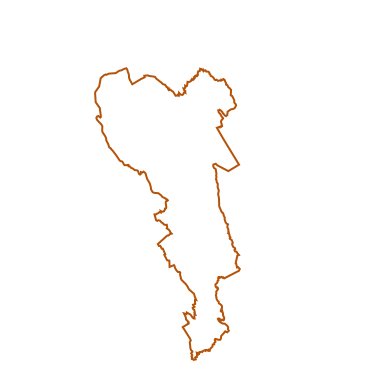 Thong Nhat, Đồng Nai, Vietnam (Equal Earth projection), rotated 329°
{"feature_id": "81297802B78615286204020", "entity_name": "Thong Nhat", "entity_type": "district", "adm_level": 2, "iso_a3": "VNM", "parent_name": "Vietnam", "parent_adm1": "Đồng Nai", "projection": "equal_earth", "projection_center": [107.157, 10.974], "detail": "fine", "context": "isolated", "style": "outline", "palette": "amber", "viewbox_px": 384, "rotation_deg": 329, "n_neighbors": 0, "source": "geoboundaries", "source_scale": "gbopen_adm2", "svg_char_len": 6067}
<svg xmlns="http://www.w3.org/2000/svg" viewBox="0 0 384 384"><g transform="rotate(329 192 192)"><path d="M191.7,283.7L193.3,282.6L192.8,280.1L191.7,279.9L192.9,276.4L192.7,275.6L198.1,269.9L199.8,270.2L199.4,268.2L199.4,266.1L198.3,265.0L198.5,263.6L199.7,263.2L199.9,261.8L199.1,260.6L199.2,258.5L199.7,257.1L200.7,256.7L201.1,255.2L201.3,253.2L200.5,252.2L200.4,251.3L201.6,250.6L201.3,249.3L202.1,248.0L202.2,246.9L201.7,245.9L202.9,245.4L203.0,244.1L203.9,242.9L204.1,240.5L205.2,239.0L206.2,238.3L205.2,236.6L205.3,234.6L206.0,232.0L206.9,230.8L207.1,228.5L207.7,226.6L207.6,225.4L207.1,224.9L207.1,224.2L208.0,218.2L211.9,211.3L213.3,207.2L215.6,204.8L216.5,201.0L218.3,198.3L218.3,196.3L219.2,194.1L219.1,193.5L220.7,191.7L221.1,190.4L222.2,189.2L223.0,187.4L224.1,184.5L223.2,182.5L223.5,180.8L224.4,179.5L226.9,180.0L227.4,182.1L233.9,192.8L246.4,192.8L246.2,162.8L246.4,149.8L248.2,150.1L249.0,150.9L249.4,150.4L250.2,150.4L250.7,151.2L251.8,151.0L253.0,146.7L254.2,145.7L256.5,145.0L256.7,144.7L256.3,142.7L256.4,139.5L256.0,137.9L256.0,137.0L256.4,136.5L256.5,135.6L257.3,135.9L258.0,135.7L258.7,137.0L259.2,139.3L259.0,140.7L259.4,141.7L259.5,143.3L260.3,144.5L261.9,144.2L263.9,141.5L267.8,141.2L270.6,142.1L272.0,142.0L274.4,140.5L274.7,139.5L274.3,137.1L275.4,135.2L275.8,132.4L275.8,130.2L275.2,129.5L275.1,128.9L278.1,124.6L277.7,122.2L277.1,120.9L277.4,118.7L276.5,117.4L277.3,116.4L277.3,114.3L277.7,113.2L277.2,111.4L276.6,111.3L276.0,111.7L275.1,111.0L275.0,111.5L274.3,111.6L273.1,110.6L271.6,110.2L270.9,108.4L270.0,108.3L269.2,107.4L269.3,105.3L268.6,103.1L267.8,102.0L268.2,100.6L267.8,99.6L268.3,98.6L268.2,97.7L267.8,97.1L266.3,96.2L266.2,94.7L264.9,94.4L264.7,93.2L264.0,93.8L264.0,92.6L263.5,92.5L263.4,91.5L262.8,91.3L262.4,90.6L260.8,92.4L259.4,91.8L258.0,93.2L257.5,94.6L256.4,95.1L256.2,94.5L255.6,94.1L255.3,94.3L255.7,94.9L255.5,95.1L254.3,94.3L253.9,94.9L252.9,94.6L252.7,95.8L251.7,95.6L251.5,96.3L250.4,96.5L250.0,95.3L249.5,95.7L249.1,95.6L248.2,96.4L245.6,96.1L244.9,95.3L242.7,98.1L242.1,98.5L241.5,98.4L240.9,97.3L239.9,99.1L239.3,99.0L238.5,99.9L238.0,99.2L237.7,100.9L238.2,102.2L237.7,102.5L237.4,103.4L236.9,102.5L236.0,102.8L235.1,103.6L233.9,103.9L232.3,102.6L231.9,100.3L230.2,102.6L229.6,101.3L228.8,101.7L227.5,101.0L227.5,96.4L226.6,94.6L226.3,93.3L224.6,92.8L224.7,92.2L225.4,91.5L224.6,91.2L225.0,89.7L224.3,89.1L224.2,86.3L222.6,84.5L222.1,82.5L219.7,76.3L219.6,74.2L215.2,70.6L214.1,69.2L211.0,67.8L210.5,69.3L206.9,68.9L196.3,68.9L196.5,63.5L196.9,61.6L197.6,60.4L198.6,57.9L198.9,55.8L199.5,53.9L199.5,52.2L197.3,51.5L194.1,51.3L192.0,50.6L187.8,50.8L181.9,47.8L178.9,47.4L178.5,46.8L176.5,46.6L172.4,47.4L166.7,53.8L160.7,56.4L160.0,57.1L155.7,65.4L156.2,72.5L153.1,79.7L152.5,80.7L151.7,80.9L150.9,78.7L150.0,78.3L148.4,79.0L148.0,79.7L147.8,81.6L149.1,87.3L149.0,89.5L146.9,92.7L146.1,94.5L146.3,98.6L146.2,101.5L145.1,103.6L144.8,108.2L144.2,110.3L144.1,111.2L144.9,112.9L144.8,114.0L145.2,115.1L145.9,121.1L146.2,127.5L146.7,128.9L147.7,129.6L148.0,131.0L147.8,133.6L148.2,134.5L151.4,136.0L150.8,137.0L150.9,137.4L151.8,137.8L152.3,140.1L153.3,141.3L154.2,143.7L156.4,145.5L156.5,146.4L155.9,148.9L156.4,150.3L157.2,150.3L158.5,148.6L159.4,149.8L161.0,149.6L161.6,151.2L161.7,152.3L160.3,157.6L160.2,163.1L159.3,166.3L158.2,168.9L158.2,171.9L159.0,173.1L162.6,175.8L163.8,179.0L164.1,181.1L165.9,183.7L166.1,184.7L166.7,185.3L167.0,186.7L166.4,186.9L165.6,186.5L164.7,186.8L164.0,187.5L162.2,191.7L161.6,192.4L161.1,192.6L160.3,192.3L159.8,193.2L158.3,193.7L158.0,194.1L156.0,193.5L155.5,192.5L155.4,193.0L155.1,192.8L154.7,193.5L153.8,192.4L152.2,192.8L151.1,192.5L149.7,192.7L148.3,191.9L146.7,197.7L147.0,198.4L147.5,198.9L148.5,198.8L149.8,200.0L150.2,202.5L151.0,203.8L151.2,205.4L152.4,206.7L153.5,207.1L152.7,209.3L151.6,210.2L152.7,212.3L152.9,213.7L152.7,215.5L153.1,217.2L151.4,216.7L149.6,217.2L148.4,216.6L135.9,219.0L135.9,221.2L137.1,221.9L136.9,225.0L137.8,225.6L137.0,231.6L135.9,231.6L135.5,237.7L137.2,239.2L134.2,244.7L138.9,245.4L138.9,246.7L138.4,247.8L138.3,250.4L138.4,252.0L138.8,253.4L140.2,254.2L140.4,255.0L139.2,256.6L138.3,259.8L137.9,260.2L137.8,262.1L139.2,267.6L139.5,270.2L139.3,274.1L141.3,280.3L140.4,283.5L140.0,286.7L139.2,285.9L138.6,286.5L137.1,289.6L134.8,289.2L134.6,290.7L134.9,291.7L132.9,291.7L132.7,293.3L133.2,294.1L132.5,296.5L131.9,296.6L131.7,298.4L131.4,298.0L131.1,298.1L131.0,298.9L129.9,299.8L129.0,301.8L128.2,301.1L127.8,299.7L127.6,296.5L125.5,292.6L124.4,293.8L122.6,291.9L122.2,295.9L121.3,298.2L122.1,301.8L121.0,302.3L121.2,303.1L114.5,303.0L114.8,316.6L114.5,318.6L112.9,319.4L112.5,320.1L110.1,325.3L109.7,327.2L110.2,328.4L110.1,329.2L108.2,329.8L108.2,332.0L106.9,332.7L106.9,334.3L106.1,334.5L105.9,335.1L106.9,336.1L107.0,336.8L109.0,337.4L109.4,335.6L110.2,335.4L111.2,335.9L112.0,334.7L112.7,334.7L112.8,333.5L113.3,332.2L113.7,332.7L113.8,333.8L114.7,334.5L115.3,334.0L115.4,333.2L115.9,333.0L117.1,333.7L118.1,333.8L118.5,334.4L119.0,334.0L121.1,334.1L121.7,335.1L122.4,334.5L122.9,334.8L123.5,335.8L124.6,335.6L124.5,336.8L125.3,337.3L126.7,336.0L128.4,335.3L129.7,335.2L131.2,333.4L132.6,334.0L133.5,332.7L134.9,332.5L135.2,331.6L135.3,330.6L135.8,330.0L136.6,330.1L138.3,332.1L140.2,333.2L141.6,332.2L142.8,330.5L147.7,329.0L148.2,328.5L148.9,328.7L149.9,330.4L152.1,329.9L152.3,327.9L153.3,326.6L153.4,325.1L152.3,321.8L150.7,320.7L149.2,318.3L148.6,316.1L148.8,314.1L149.5,314.0L150.1,314.5L149.9,315.3L150.8,315.8L150.8,317.1L152.4,317.1L152.8,318.1L153.6,318.0L154.8,316.5L155.2,313.2L156.0,312.2L156.2,311.1L156.1,310.1L155.4,309.5L155.3,308.9L155.8,308.4L156.4,309.3L156.7,309.4L157.3,307.1L158.2,306.7L159.0,304.9L158.7,303.3L157.7,301.3L158.4,299.7L157.9,298.4L158.1,295.8L158.8,294.6L159.2,293.0L160.8,291.3L161.4,289.9L164.4,288.6L164.8,287.0L164.2,286.4L163.7,286.5L163.6,285.8L163.8,284.5L164.5,283.3L166.2,283.0L167.7,282.2L168.2,281.3L169.2,281.2L170.1,279.2L171.1,278.5L171.9,279.0L171.8,279.9L173.7,280.0L174.2,281.4L174.8,281.3L175.1,282.6L191.7,283.7Z" fill="none" stroke="#b45309" stroke-width="2"/></g></svg>